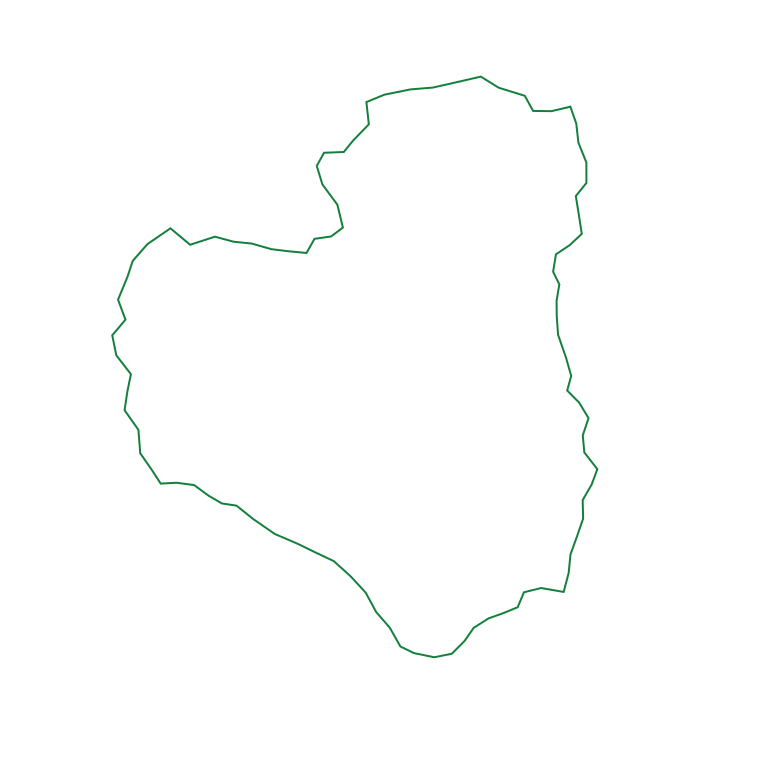 outline of Piedade de Ponte Nova, Minas Gerais, Brazil, rotated 254°
{"feature_id": "56859067B78649658437346", "entity_name": "Piedade de Ponte Nova", "entity_type": "district", "adm_level": 2, "iso_a3": "BRA", "parent_name": "Brazil", "parent_adm1": "Minas Gerais", "projection": "orthographic", "projection_center": [-42.716, -20.24], "detail": "fine", "context": "isolated", "style": "outline", "palette": "green", "viewbox_px": 768, "rotation_deg": 254, "n_neighbors": 0, "source": "geoboundaries", "source_scale": "gbopen_adm2", "svg_char_len": 1354}
<svg xmlns="http://www.w3.org/2000/svg" viewBox="0 0 768 768"><g transform="rotate(254 384 384)"><path d="M654.6,527.6L655.5,512.5L659.9,490.6L662.0,464.2L659.9,444.8L637.8,441.0L626.6,421.5L618.1,409.3L622.8,390.1L612.2,379.5L592.8,379.8L569.2,388.6L545.7,387.6L540.4,373.8L542.7,357.2L531.3,345.6L538.0,328.6L544.8,312.6L555.4,295.7L562.2,278.7L572.2,262.1L571.3,236.0L592.5,221.6L583.7,195.2L571.6,176.4L557.8,167.0L538.4,151.6L517.1,153.2L505.7,136.2L485.3,134.6L463.2,143.4L447.6,135.3L430.3,127.4L407.6,135.3L384.6,130.6L365.2,137.2L349.8,141.9L346.3,157.2L339.2,173.6L325.1,184.5L313.9,195.2L307.7,208.7L290.3,221.0L270.0,237.6L254.1,257.1L240.3,272.4L227.6,286.9L208.5,298.8L188.5,308.9L167.0,313.6L148.1,322.4L127.2,327.4L117.2,338.4L107.5,356.9L106.0,374.8L114.9,390.8L124.9,403.0L129.9,420.0L130.8,435.0L132.6,451.0L145.2,461.1L144.6,478.7L134.6,499.4L151.4,509.4L168.8,516.3L184.4,527.6L199.7,538.3L217.7,543.0L230.0,555.8L243.3,565.6L263.0,557.7L279.8,560.9L294.8,571.2L312.2,566.5L327.2,558.3L340.2,566.2L359.3,566.2L383.4,564.9L401.4,568.7L416.4,572.8L431.4,580.0L445.3,577.5L461.2,585.0L466.4,601.0L473.8,615.5L493.5,618.0L511.8,620.2L521.5,634.0L541.2,639.6L562.4,637.4L581.3,640.6L599.2,639.6L600.1,620.2L605.4,602.6L622.2,598.8L637.2,575.9L652.8,561.8L653.7,544.6L654.6,527.6Z" fill="none" stroke="#15803d" stroke-width="2"/></g></svg>